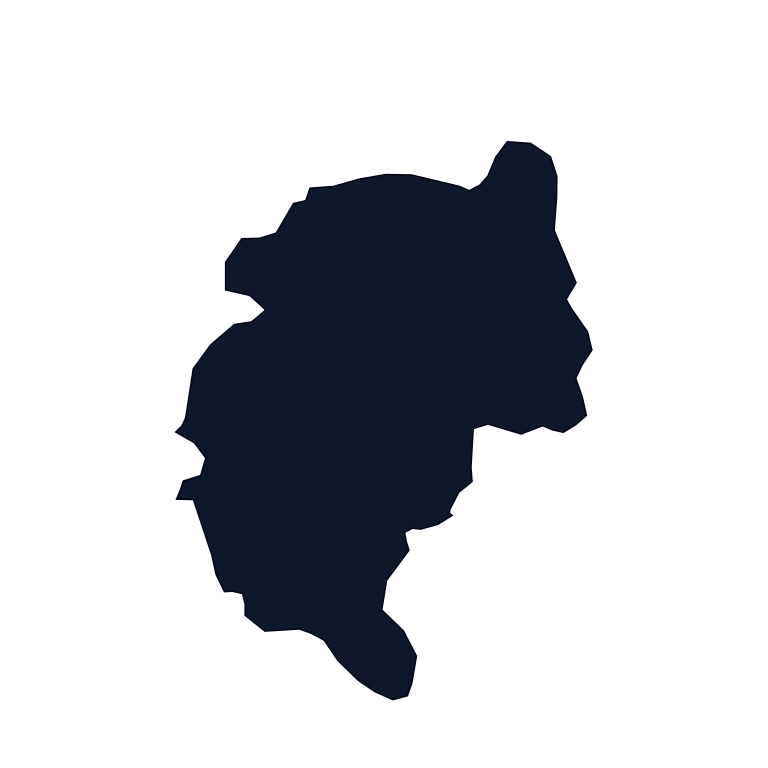 the border of Kægalla, rotated 26°
{"feature_id": "LKA-2469", "entity_name": "Kægalla", "entity_type": "District", "adm_level": 1, "iso_a3": "LKA", "parent_name": "Sri Lanka", "parent_adm1": "", "projection": "mercator", "projection_center": [80.358, 7.113], "detail": "fine", "context": "isolated", "style": "filled", "palette": "ink", "viewbox_px": 768, "rotation_deg": 26, "n_neighbors": 0, "source": "natural_earth", "source_scale": "10m", "svg_char_len": 1238}
<svg xmlns="http://www.w3.org/2000/svg" viewBox="0 0 768 768"><g transform="rotate(26 384 384)"><path d="M331.6,640.6L316.5,628.7L304.3,613.2L263.4,571.4L248.0,578.4L247.5,568.7L246.2,559.1L259.4,546.7L256.3,528.6L239.3,519.9L217.8,518.5L220.8,510.3L220.6,501.3L205.9,454.0L211.0,425.0L223.5,396.1L237.8,386.2L245.3,369.3L224.5,363.2L200.4,368.9L188.3,344.0L192.5,315.8L208.1,307.7L221.0,295.6L223.6,261.4L233.3,253.6L231.7,240.4L251.8,228.7L272.2,210.5L293.9,194.9L317.0,184.1L365.3,173.3L375.8,172.9L383.0,163.2L386.2,151.5L385.1,131.0L388.6,112.2L410.3,103.5L433.9,106.7L448.3,121.6L457.4,140.8L469.5,171.3L512.2,208.8L510.6,228.0L518.9,233.9L544.0,247.8L556.0,262.4L553.6,280.2L553.8,294.7L568.1,309.0L579.7,323.5L574.1,336.6L566.3,348.8L555.6,351.3L544.8,352.0L529.2,368.8L495.1,374.4L483.7,384.9L498.7,420.8L505.9,433.1L498.7,448.4L498.2,468.2L499.5,471.4L502.8,472.3L494.1,486.3L480.5,498.4L472.9,501.0L467.5,508.3L473.0,515.9L479.3,522.4L472.4,559.3L481.0,588.1L509.7,597.4L532.5,614.4L540.1,640.6L541.7,653.9L530.4,663.8L510.7,664.5L491.1,661.7L463.8,652.7L442.6,640.5L427.7,639.9L415.3,641.3L385.3,658.3L360.6,652.8L355.9,643.0L348.8,634.4L338.8,636.6L331.6,640.6Z" fill="#0f172a" stroke="#020617" stroke-width="1.5"/></g></svg>